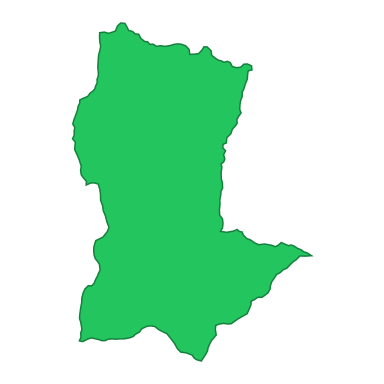 Lutécia, São Paulo, Brazil
{"feature_id": "56859067B80784550128489", "entity_name": "Lutécia", "entity_type": "district", "adm_level": 2, "iso_a3": "BRA", "parent_name": "Brazil", "parent_adm1": "São Paulo", "projection": "mercator", "projection_center": [-50.379, -22.322], "detail": "fine", "context": "isolated", "style": "filled", "palette": "green", "viewbox_px": 384, "rotation_deg": 0, "n_neighbors": 0, "source": "geoboundaries", "source_scale": "gbopen_adm2", "svg_char_len": 3220}
<svg xmlns="http://www.w3.org/2000/svg" viewBox="0 0 384 384"><path d="M201.4,361.0L203.4,357.8L205.6,354.5L207.5,351.0L208.0,347.9L209.3,344.8L211.5,340.6L216.2,335.0L215.3,329.2L215.8,325.4L219.4,324.0L223.7,323.4L228.0,324.0L231.3,323.7L235.0,321.0L238.5,318.6L243.3,315.8L247.1,313.8L249.1,309.3L250.9,305.0L251.2,301.1L254.3,299.7L257.8,297.3L262.0,297.3L265.0,295.2L268.1,292.7L270.1,289.0L270.5,285.4L271.7,281.8L273.8,278.8L276.6,274.5L280.3,272.5L283.0,269.9L286.9,268.2L290.5,264.3L293.5,261.5L296.0,259.9L299.9,256.0L305.7,256.1L311.5,255.7L307.0,252.8L303.7,251.8L301.2,249.8L297.6,248.4L294.0,246.0L291.3,245.0L288.5,245.6L285.4,244.4L281.3,242.5L278.5,245.0L275.5,246.7L272.0,245.4L268.4,244.7L264.7,244.0L258.7,244.7L254.5,242.8L250.9,240.1L246.5,238.4L243.3,235.0L242.1,232.0L239.3,231.4L237.1,229.5L233.5,231.1L226.6,232.3L220.5,231.4L222.5,227.9L223.0,223.5L222.5,218.9L219.7,215.2L219.4,209.9L220.0,204.3L219.8,200.0L220.8,194.5L221.0,191.2L222.6,188.1L222.4,182.7L221.3,179.1L221.1,172.4L221.9,167.4L221.1,164.1L223.7,161.9L224.8,159.0L223.6,154.8L225.5,150.7L222.8,147.8L223.1,144.3L226.3,143.0L226.8,137.7L230.8,133.8L232.4,129.2L235.3,126.0L237.2,123.2L236.8,119.7L238.5,116.5L241.1,112.9L239.7,109.4L240.0,104.4L240.8,99.9L242.2,96.6L242.2,92.4L244.0,88.5L245.2,84.3L247.3,79.2L247.6,74.5L248.2,70.9L252.0,69.9L251.5,65.8L247.3,64.0L243.8,64.2L240.9,67.1L236.5,67.7L232.2,66.5L230.4,62.7L227.4,61.3L223.9,62.3L221.2,60.8L218.1,60.1L215.4,58.2L211.7,55.3L211.0,50.6L207.1,46.9L203.9,46.9L201.8,50.3L198.5,53.7L193.8,54.2L189.8,54.4L189.1,49.4L185.5,45.7L181.1,44.2L177.9,43.9L174.3,44.3L170.3,45.5L165.1,46.4L160.3,45.7L156.4,46.4L153.3,44.2L149.7,44.3L147.6,41.8L144.7,41.5L140.9,38.5L138.7,34.2L135.1,33.9L132.6,31.5L128.7,30.5L126.7,26.5L124.9,23.4L120.7,23.0L117.5,25.9L115.5,31.0L111.9,32.3L108.6,33.3L104.3,32.1L99.7,32.7L99.5,37.4L99.9,42.4L100.7,46.2L99.8,50.7L98.6,55.1L98.3,58.7L98.1,62.3L97.8,67.5L98.3,71.8L98.3,76.1L97.0,79.4L97.2,82.6L95.8,85.7L94.8,88.9L92.8,91.2L90.1,93.1L87.6,96.5L83.7,98.1L79.8,99.9L79.7,103.2L78.1,106.3L77.5,110.0L76.4,113.1L75.2,116.5L73.8,120.0L72.8,124.1L74.8,127.5L74.1,131.3L74.2,135.3L72.5,138.8L75.3,142.0L75.0,145.4L74.6,149.3L75.9,152.2L77.7,156.1L79.2,159.8L81.2,166.1L80.6,170.5L81.2,174.7L83.1,177.5L86.4,181.3L86.2,185.0L90.7,183.0L94.3,182.9L98.3,184.1L99.8,189.5L100.5,194.0L100.6,200.3L102.7,205.9L103.2,210.6L105.5,216.1L107.0,222.3L109.0,227.2L107.5,231.3L105.2,234.2L103.0,237.1L100.3,238.4L95.8,240.6L93.9,246.7L93.7,251.1L94.2,255.5L95.4,258.8L97.3,261.1L99.4,264.3L100.1,270.1L98.6,273.0L97.5,276.0L95.8,279.1L94.0,283.5L91.6,285.9L88.3,285.7L85.0,288.9L83.2,292.7L81.8,298.3L81.7,302.6L80.7,307.7L79.8,314.5L79.5,318.6L80.6,321.7L81.4,326.0L81.9,329.6L80.7,333.0L81.0,337.0L79.4,340.9L82.8,341.6L87.5,339.2L91.2,337.9L94.5,338.6L98.8,339.6L102.1,340.7L105.4,340.6L108.0,339.2L112.4,338.9L115.5,339.2L119.3,338.9L124.5,338.8L129.7,337.8L133.2,336.5L135.4,334.3L139.3,332.2L141.8,328.7L147.2,326.2L150.9,325.9L154.8,326.5L159.0,329.8L164.1,332.4L166.9,333.7L169.9,337.4L172.4,340.7L174.5,343.5L177.7,349.1L180.9,352.2L186.0,352.8L192.0,355.0L194.4,358.3L197.1,359.9L201.4,361.0Z" fill="#22c55e" stroke="#15803d" stroke-width="1.5"/></svg>